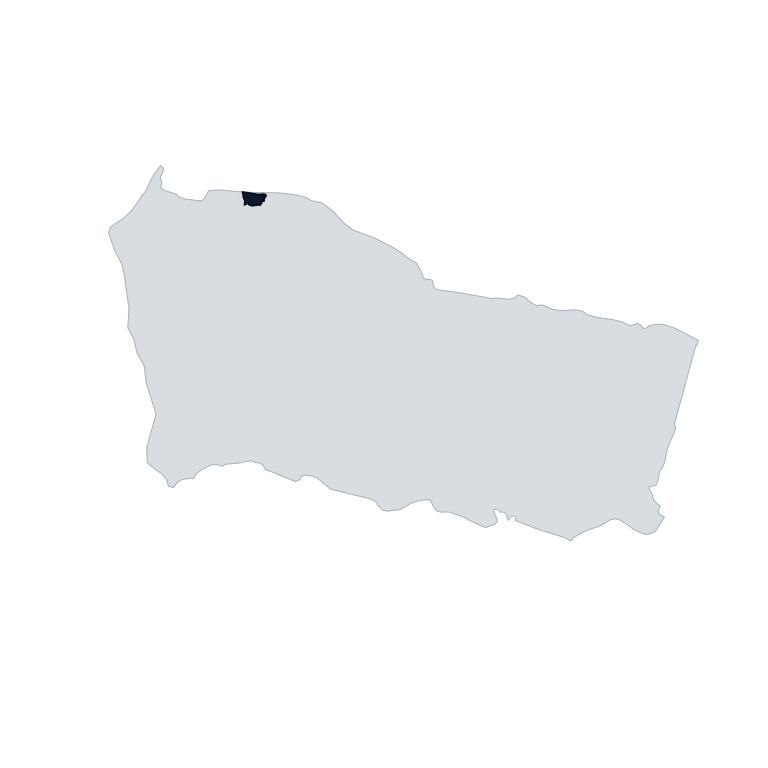 Suaman, Western, Ghana (highlighted), rotated 106°
{"feature_id": "2480657B41275879010095", "entity_name": "Suaman", "entity_type": "district", "adm_level": 2, "iso_a3": "GHA", "parent_name": "Ghana", "parent_adm1": "Western", "projection": "equal_earth", "projection_center": [-2.977, 6.108], "detail": "fine", "context": "in_parent", "style": "filled", "palette": "ink", "viewbox_px": 768, "rotation_deg": 106, "n_neighbors": 0, "source": "geoboundaries", "source_scale": "gbopen_adm2", "svg_char_len": 5220}
<svg xmlns="http://www.w3.org/2000/svg" viewBox="0 0 768 768"><g transform="rotate(106 384 384)"><path d="M451.0,82.6L455.6,88.3L456.6,91.6L455.0,103.9L451.7,112.6L449.6,120.7L449.9,124.7L451.9,128.8L458.8,135.1L462.4,139.3L466.6,145.5L471.4,151.7L479.6,159.6L483.1,161.1L483.0,163.3L481.9,166.3L481.2,196.1L480.6,203.7L480.0,207.6L479.3,218.7L478.4,220.3L476.9,220.2L475.4,220.6L475.1,222.8L475.7,225.1L480.6,226.7L479.6,228.4L475.9,229.9L474.2,233.2L475.0,237.0L472.9,240.1L473.5,242.2L474.8,243.7L476.9,243.1L482.7,238.0L485.1,237.4L488.1,238.5L493.7,246.3L493.9,250.2L491.7,263.2L489.6,273.4L489.2,286.8L491.6,294.4L491.3,298.6L488.7,302.2L483.0,307.4L483.5,310.9L486.1,317.6L491.0,325.0L500.4,334.1L505.4,346.0L505.6,350.9L502.7,355.7L499.3,359.9L498.2,366.0L499.9,406.0L492.4,423.4L492.4,428.3L493.2,434.1L495.1,437.5L499.0,438.5L502.1,441.9L501.0,454.0L499.4,466.5L499.2,472.5L498.2,475.3L495.3,477.7L494.2,481.6L495.0,486.4L494.4,490.0L496.1,494.7L499.5,500.4L505.0,514.8L507.1,515.9L508.0,518.9L507.4,521.8L509.6,528.2L515.7,534.5L522.1,540.1L527.3,540.9L528.5,545.8L531.9,552.1L534.4,554.9L538.3,556.7L541.6,557.7L541.7,563.0L535.9,566.6L532.0,572.1L529.0,580.6L524.9,589.8L510.6,594.6L505.1,594.6L475.8,594.8L448.3,613.0L432.5,619.5L422.7,629.7L409.7,636.9L400.5,645.8L381.5,650.0L350.4,663.9L340.6,669.3L330.8,679.0L314.8,690.3L308.5,690.2L295.9,679.6L286.5,674.3L263.4,666.2L246.1,663.1L237.8,659.6L235.5,659.0L237.5,655.2L242.3,655.0L247.3,656.1L251.1,653.2L256.8,652.8L258.2,649.8L258.7,642.2L258.6,636.0L260.6,633.3L261.1,626.0L258.3,609.9L256.4,608.1L246.3,605.8L245.6,602.6L243.8,599.3L241.8,591.0L239.6,578.6L236.1,563.4L229.4,538.2L227.7,529.3L226.5,520.2L226.3,509.4L227.7,505.4L227.5,499.8L226.9,494.2L231.6,481.4L241.0,465.7L242.9,460.0L244.6,456.1L244.9,450.5L246.5,432.2L251.0,410.1L253.8,401.8L255.7,397.3L258.0,389.9L258.6,386.5L267.2,377.9L271.1,375.5L272.0,372.1L270.6,368.4L271.2,365.9L273.3,364.6L276.4,363.6L278.7,360.0L275.1,332.8L272.2,305.7L272.0,303.4L270.3,299.7L268.5,288.5L265.6,282.0L261.6,280.1L261.6,273.9L265.7,263.5L266.7,257.4L264.8,255.6L264.5,250.8L265.9,243.1L265.2,238.4L264.5,233.4L260.2,221.5L259.2,213.2L261.4,208.3L261.3,197.5L259.0,181.0L258.6,170.5L260.2,166.2L259.4,162.0L256.4,158.1L256.1,154.3L258.8,150.6L258.4,147.7L255.2,145.5L252.3,140.5L249.7,132.4L250.2,119.5L255.1,95.7L255.7,93.7L261.2,93.9L261.2,94.9L278.4,94.7L298.0,94.4L321.4,94.1L342.7,93.8L343.7,92.7L347.2,91.4L368.7,93.8L382.1,92.6L387.9,93.4L392.0,95.0L401.3,94.0L406.3,94.6L410.0,100.6L411.6,100.5L413.6,98.0L417.3,95.1L421.1,92.9L423.8,88.2L425.4,84.7L427.9,85.4L431.4,85.2L433.8,82.3L434.7,77.7L451.0,82.6Z" fill="#d9dde1" stroke="#a8b0b8" stroke-width="1"/><path d="M250.2,567.6L250.1,567.3L250.0,567.2L249.9,567.1L249.8,566.8L249.7,566.8L249.6,566.7L249.5,566.3L249.4,566.2L249.2,566.1L249.1,565.9L248.9,565.7L248.7,565.7L248.7,565.8L248.5,566.0L248.4,566.0L248.3,565.9L248.2,565.9L248.0,565.7L247.9,565.6L247.8,565.4L247.7,565.4L247.6,565.2L247.5,564.9L247.4,564.9L247.2,564.8L247.3,564.5L247.2,564.4L247.2,564.2L247.3,564.2L247.6,564.1L247.8,564.0L247.9,563.9L248.0,563.9L248.3,563.8L248.5,563.8L248.5,563.7L248.7,563.4L248.8,563.4L248.9,562.9L249.1,562.2L249.1,561.7L249.1,561.4L249.2,561.1L249.2,560.9L249.1,560.7L248.9,560.6L248.9,560.3L248.8,560.2L248.7,560.0L248.7,559.8L248.7,559.7L248.8,559.6L249.0,559.4L248.9,559.2L248.7,558.9L248.5,558.5L248.5,558.3L248.4,558.1L248.3,557.9L248.2,557.8L248.1,557.7L248.0,557.4L247.9,557.4L247.8,557.2L247.7,556.9L247.6,556.5L247.6,556.4L247.6,556.2L247.5,555.9L247.4,555.8L247.3,555.7L247.2,555.7L247.1,555.8L247.0,555.7L247.0,555.8L246.9,555.9L246.9,556.0L246.8,555.9L246.7,555.8L246.5,555.7L246.6,555.4L246.6,555.2L246.7,554.9L246.6,554.7L246.7,554.3L246.6,553.7L246.5,553.2L246.3,553.0L246.2,553.0L246.2,552.9L246.1,552.7L245.9,552.5L245.7,552.6L245.8,552.5L245.7,552.5L245.6,552.4L245.6,552.5L245.5,552.4L245.4,552.4L245.3,552.2L245.2,552.1L244.9,552.0L244.8,551.9L244.8,552.0L244.7,552.0L244.6,551.9L244.6,552.0L244.5,552.3L244.4,552.4L244.3,552.5L244.2,552.7L244.1,552.8L244.1,553.0L243.9,553.1L243.9,552.9L243.7,552.8L243.6,552.6L243.5,552.4L243.4,552.3L243.3,552.2L243.2,552.2L242.9,551.9L242.2,551.3L242.0,551.5L241.9,551.6L241.7,551.6L241.4,551.5L241.4,551.4L241.4,551.2L241.5,551.2L241.6,550.8L241.5,550.7L241.6,550.4L241.4,550.3L241.4,550.1L241.4,549.9L241.0,549.7L240.8,549.7L240.7,549.7L240.4,549.7L240.3,549.8L240.2,549.8L240.0,550.1L239.9,550.1L239.9,550.3L239.7,550.4L239.5,550.6L239.4,550.5L239.2,550.5L239.0,550.4L238.9,550.3L238.7,550.3L238.4,550.1L238.2,550.1L237.9,550.2L237.8,550.3L237.8,550.2L237.7,549.9L237.6,549.7L237.4,549.7L237.3,549.4L236.4,549.5L235.7,549.6L235.6,549.4L235.4,549.2L235.2,549.2L235.2,549.3L235.1,549.5L234.9,549.6L234.7,549.8L234.7,550.0L234.8,550.3L234.8,550.5L234.7,550.7L234.5,551.0L234.4,551.3L234.4,551.6L235.0,553.3L235.4,554.5L236.0,555.7L236.4,557.0L236.6,559.0L236.8,560.4L237.3,564.9L237.7,567.8L238.0,569.8L238.4,573.0L239.3,572.7L240.2,572.0L242.7,570.9L243.5,570.6L244.5,569.8L246.0,568.4L246.5,567.8L246.6,567.6L246.7,567.4L247.0,567.2L247.2,567.3L247.3,567.4L247.3,567.8L247.5,568.1L248.4,567.8L249.7,567.5L250.2,567.6Z" fill="#0f172a" stroke="#020617" stroke-width="1.5"/></g></svg>